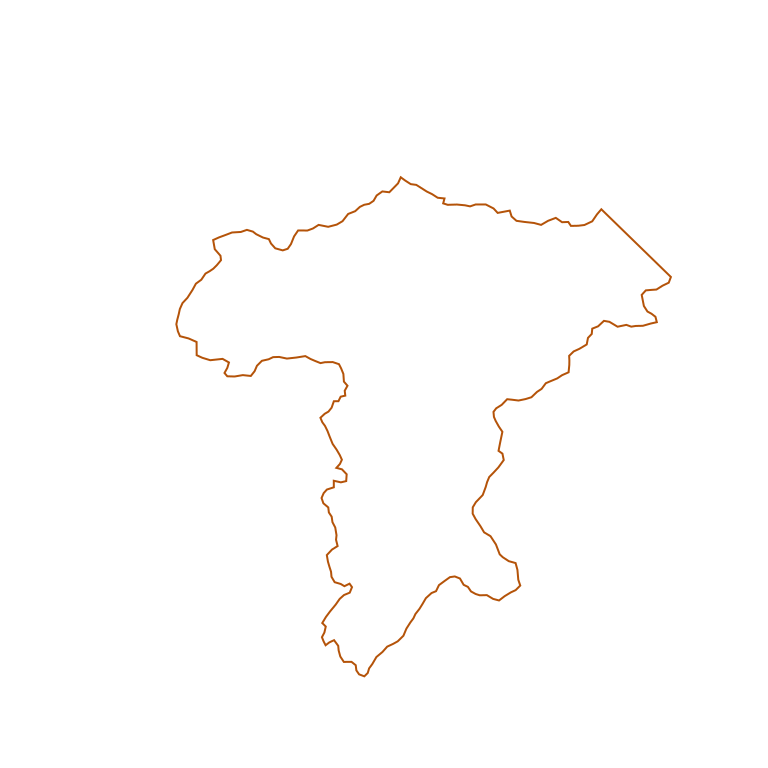 the district of Aurilândia, Goiás, Brazil, rotated 211°
{"feature_id": "56859067B84953153729740", "entity_name": "Aurilândia", "entity_type": "district", "adm_level": 2, "iso_a3": "BRA", "parent_name": "Brazil", "parent_adm1": "Goiás", "projection": "mercator", "projection_center": [-50.529, -16.677], "detail": "fine", "context": "isolated", "style": "outline", "palette": "amber", "viewbox_px": 768, "rotation_deg": 211, "n_neighbors": 0, "source": "geoboundaries", "source_scale": "gbopen_adm2", "svg_char_len": 3730}
<svg xmlns="http://www.w3.org/2000/svg" viewBox="0 0 768 768"><g transform="rotate(211 384 384)"><path d="M313.8,147.3L309.0,146.1L307.1,140.3L306.8,135.0L303.1,132.2L299.5,130.0L297.8,134.3L294.9,138.7L288.4,136.0L285.6,132.2L281.1,127.9L275.3,125.1L268.7,129.1L263.4,128.4L260.2,124.3L255.8,122.3L250.3,123.3L249.1,127.9L250.3,132.6L249.8,137.9L249.9,146.1L247.3,153.5L246.0,160.5L242.3,166.0L239.7,170.5L237.7,178.2L238.8,185.9L238.6,193.1L238.1,198.3L238.6,203.0L237.8,209.5L237.7,215.3L237.8,222.0L235.6,229.3L232.7,233.2L233.3,239.9L230.6,246.4L228.0,252.4L224.2,255.5L218.7,256.4L212.3,252.9L207.6,253.3L202.6,251.0L197.3,251.2L193.1,252.2L187.1,256.0L179.8,256.0L173.9,257.7L171.3,264.3L167.9,270.8L165.0,275.1L163.4,281.4L168.1,285.4L173.9,293.4L179.0,298.3L185.8,296.4L193.0,296.7L197.1,297.6L205.4,304.1L214.3,308.4L221.8,308.4L228.1,311.8L235.9,315.4L241.2,318.5L244.4,324.0L244.4,330.0L242.2,339.7L243.8,348.2L245.1,353.0L245.9,358.5L244.5,364.3L243.0,371.4L242.2,380.5L246.6,385.3L251.4,385.7L254.2,393.4L257.9,404.0L263.7,406.7L269.3,409.9L272.8,412.4L275.8,416.5L275.3,421.0L272.4,426.7L270.6,434.4L266.1,436.5L260.2,439.1L254.9,444.0L250.8,448.6L248.8,456.0L246.4,461.0L245.7,468.0L243.2,471.5L238.4,478.0L235.9,483.3L231.8,489.1L235.0,495.8L237.2,499.6L239.8,503.5L238.2,509.6L234.7,514.7L230.6,522.3L232.9,528.6L231.7,533.9L234.0,538.7L230.2,543.7L228.0,551.4L222.8,553.4L213.3,553.4L206.7,559.5L201.6,560.5L198.0,563.5L192.1,567.2L186.5,573.2L182.0,577.5L185.9,581.4L190.9,582.0L195.5,581.8L201.4,584.7L209.0,593.1L207.8,599.1L203.1,602.5L199.1,605.3L195.9,611.7L192.1,617.5L193.2,623.5L287.7,645.7L288.8,639.1L289.3,630.7L294.1,623.5L299.0,619.7L305.2,615.8L309.5,617.8L314.7,614.4L322.3,614.9L327.4,608.4L331.3,601.3L338.3,599.3L347.2,595.2L354.5,592.1L360.9,593.3L365.5,597.4L374.7,589.2L380.5,590.9L389.3,590.3L393.7,587.6L397.9,585.1L401.7,580.6L406.6,578.9L413.9,575.4L421.7,570.4L426.3,569.3L427.7,574.2L433.9,571.3L440.6,571.5L446.5,571.0L458.9,571.3L464.0,569.1L470.4,569.3L476.1,569.8L475.3,563.2L478.2,551.1L484.6,548.2L487.4,541.8L487.3,535.6L489.5,530.8L493.3,527.4L495.9,523.4L497.7,517.3L502.3,511.3L503.4,502.2L506.6,496.3L512.8,490.0L522.0,486.7L525.0,480.7L528.7,476.1L536.7,471.4L537.1,464.2L535.8,456.0L536.2,450.3L539.6,446.4L547.1,444.3L553.2,446.2L557.3,448.9L563.2,447.2L570.7,446.6L574.9,447.1L580.9,445.5L585.0,440.6L592.3,435.6L596.2,430.6L601.0,424.6L604.6,419.4L598.5,412.4L590.2,409.7L587.5,406.2L588.5,399.7L589.7,394.9L591.6,390.8L593.9,386.7L594.3,379.3L596.9,373.1L596.6,366.0L596.9,356.6L598.4,349.6L597.6,343.1L595.9,338.1L594.3,332.6L592.8,328.3L587.8,323.0L583.5,319.9L575.0,322.4L566.3,323.5L559.4,312.2L553.2,312.9L545.2,314.9L535.3,322.4L528.0,322.6L526.6,317.1L526.4,311.3L522.3,309.9L515.9,313.5L509.6,318.9L502.3,322.3L501.5,328.3L502.3,334.2L500.6,341.0L495.6,345.8L492.9,349.9L487.8,353.2L480.3,355.8L472.7,361.6L465.8,367.4L459.9,367.6L454.8,368.3L449.2,369.2L445.8,372.3L439.2,376.4L432.8,377.8L428.8,375.3L424.0,371.7L419.6,365.4L414.4,363.7L414.2,358.0L411.2,354.1L414.6,350.8L414.2,345.8L418.1,343.4L416.7,336.7L417.4,331.7L419.5,327.9L421.1,322.3L417.1,319.4L413.0,317.7L408.2,314.6L403.6,311.0L397.2,306.2L390.8,303.3L385.3,300.3L381.1,297.4L380.6,292.8L381.6,287.6L376.1,289.2L369.5,287.4L366.4,281.3L370.3,277.5L377.2,275.2L373.8,269.6L378.6,264.1L379.5,259.4L378.8,254.1L374.5,250.5L368.2,249.5L365.1,245.5L360.5,243.3L357.0,239.0L351.9,235.9L346.8,229.9L344.9,225.8L340.3,221.2L343.3,215.3L344.9,207.9L340.5,202.8L336.6,199.2L332.7,195.8L329.7,191.7L324.2,188.7L318.1,190.3L313.8,190.3L310.7,195.1L306.8,193.4L305.9,187.5L309.6,182.5L311.3,177.0L311.8,170.0L313.1,161.3L313.8,154.4L313.8,147.3Z" fill="none" stroke="#b45309" stroke-width="2"/></g></svg>